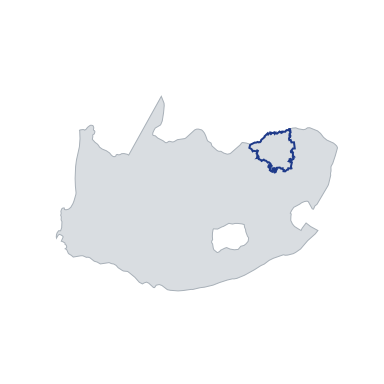 Waterberg, Limpopo, South Africa shown in context, rotated 30°
{"feature_id": "47623444B68910643198214", "entity_name": "Waterberg", "entity_type": "district", "adm_level": 2, "iso_a3": "ZAF", "parent_name": "South Africa", "parent_adm1": "Limpopo", "projection": "robinson", "projection_center": [27.237, -24.067], "detail": "medium", "context": "in_parent", "style": "outline", "palette": "blue", "viewbox_px": 384, "rotation_deg": 30, "n_neighbors": 0, "source": "geoboundaries", "source_scale": "gbopen_adm2", "svg_char_len": 5500}
<svg xmlns="http://www.w3.org/2000/svg" viewBox="0 0 384 384"><g transform="rotate(30 192 192)"><path d="M261.8,77.5L270.2,76.3L274.0,77.0L278.6,78.9L282.8,79.6L290.0,78.9L292.5,79.3L294.5,79.9L295.9,81.0L297.9,88.7L299.6,97.0L299.6,99.7L299.8,100.8L301.9,104.3L302.6,106.5L303.8,108.3L306.4,117.1L306.6,118.7L306.4,140.1L305.4,142.7L305.8,146.1L304.6,146.5L297.5,142.2L296.2,142.4L294.2,144.0L292.3,146.5L291.4,148.6L287.8,154.4L287.5,158.1L287.7,161.2L288.9,161.4L289.8,163.6L291.7,167.2L295.0,169.5L298.0,170.6L302.3,170.8L305.7,170.8L305.5,168.3L306.3,161.8L312.0,162.6L320.3,162.4L319.7,166.6L316.5,176.3L314.5,187.1L311.9,192.6L310.5,194.8L306.4,198.8L304.3,200.2L302.6,200.6L295.6,208.7L293.0,212.6L290.6,218.3L288.4,221.4L285.0,228.0L279.1,237.8L274.1,244.3L271.9,246.2L270.4,247.0L266.5,250.7L261.0,256.8L256.8,262.1L250.5,268.1L246.9,270.8L241.4,276.0L239.9,276.8L233.8,281.6L229.4,284.6L222.3,288.0L219.5,288.9L212.7,288.0L209.9,288.5L207.6,290.6L207.4,293.5L206.4,294.0L200.2,292.6L197.7,292.8L196.2,294.4L195.0,296.4L191.4,296.5L185.1,294.4L177.7,293.2L176.0,293.0L172.4,294.6L171.1,294.8L165.9,294.5L163.0,293.5L160.2,293.5L158.1,294.3L155.5,294.6L148.6,300.1L145.0,300.1L141.9,300.8L136.4,300.0L134.7,300.4L133.1,301.4L129.4,301.8L127.9,302.6L121.7,307.7L119.1,307.2L115.8,307.1L112.1,304.4L110.6,304.6L111.0,303.8L111.1,302.3L109.7,300.9L108.3,300.9L107.5,299.7L105.2,299.6L103.4,300.0L102.9,295.3L102.0,294.8L99.8,294.7L98.7,294.9L98.2,295.3L97.7,296.4L97.7,299.7L96.9,298.7L96.0,296.8L95.6,294.7L95.9,292.2L97.6,291.3L97.0,288.1L94.2,282.7L92.6,281.6L91.2,278.8L89.9,277.8L89.4,275.9L88.1,274.3L87.6,271.8L88.2,270.4L89.3,269.7L90.4,270.9L91.8,270.4L93.7,268.6L94.7,265.9L94.7,261.6L94.3,258.9L92.6,252.0L91.8,250.4L88.2,245.4L84.0,238.7L78.5,228.2L75.9,221.9L71.9,209.2L68.4,201.9L64.2,195.2L63.7,194.8L64.3,194.0L66.4,192.4L67.4,192.0L67.9,192.2L68.4,191.7L68.9,190.7L69.2,188.3L70.2,185.8L71.0,184.7L72.9,184.0L74.4,185.0L75.0,185.9L75.3,187.1L76.0,187.7L77.0,187.7L77.8,188.4L78.2,189.9L78.2,191.0L77.6,191.7L77.7,192.6L78.5,193.8L79.3,196.2L83.3,197.5L85.5,197.7L87.6,198.3L89.6,199.4L92.8,199.7L97.3,199.1L101.1,199.4L104.0,200.5L106.1,200.7L107.4,200.0L108.0,199.0L107.8,197.7L108.4,196.9L109.9,196.5L111.0,195.6L111.9,194.0L113.9,192.7L117.1,191.7L118.7,191.7L117.6,124.5L123.4,129.1L124.8,131.2L127.7,137.5L130.7,145.3L131.2,149.1L131.1,149.9L128.2,155.0L128.2,157.5L128.5,160.4L129.2,161.9L130.1,162.4L132.2,161.7L135.3,162.4L141.3,162.1L144.3,162.5L145.1,162.2L145.7,161.6L146.5,159.9L147.2,159.3L150.0,158.5L151.2,157.5L153.2,154.0L159.1,149.3L159.7,148.2L163.3,136.9L164.5,135.3L166.1,134.3L169.4,133.4L171.3,133.9L173.4,134.8L175.8,136.5L179.3,139.5L180.5,140.0L184.0,140.1L186.2,142.1L192.8,143.5L194.7,143.4L196.7,142.3L200.1,142.4L203.7,141.6L205.9,139.6L210.1,127.4L210.5,124.7L211.0,123.9L214.4,122.5L218.6,121.5L219.5,120.9L222.1,117.5L225.5,114.6L227.9,104.8L229.5,102.5L230.4,101.5L231.0,101.5L231.9,100.9L233.0,99.7L234.4,99.0L236.0,98.7L237.0,97.9L237.5,96.6L238.3,95.9L239.4,95.9L240.1,95.5L240.2,94.7L242.8,92.5L242.9,91.7L244.3,89.6L247.2,86.3L249.9,84.5L252.5,84.1L257.2,82.4L258.9,80.9L259.9,78.7L261.8,77.5ZM253.5,222.4L257.7,220.8L260.7,218.6L261.4,214.6L263.8,212.2L264.7,209.9L265.3,206.7L264.0,203.4L262.1,202.5L258.6,199.6L257.1,197.7L255.0,196.1L253.5,194.1L251.1,194.7L247.4,196.3L245.0,197.7L243.1,199.5L239.6,200.7L236.4,206.1L235.3,207.3L232.7,211.3L229.0,213.2L229.0,213.9L230.2,217.2L231.9,220.4L233.7,223.0L233.6,224.6L234.2,225.9L235.8,226.7L238.5,230.0L239.8,231.1L243.9,231.8L244.5,231.6L245.7,229.7L245.8,228.3L248.6,224.1L249.8,222.8L253.5,222.4Z" fill="#d9dde1" stroke="#a8b0b8" stroke-width="1"/><path d="M248.5,134.2L249.8,133.9L249.9,134.4L250.7,134.4L251.8,134.2L251.9,133.2L253.2,133.1L253.8,133.7L254.4,133.1L254.5,132.4L253.5,131.3L254.1,131.2L254.1,130.6L250.9,132.3L249.9,132.5L250.3,132.3L249.8,131.4L251.6,131.0L251.3,130.2L253.8,129.6L253.6,129.1L253.4,128.6L255.8,126.9L257.2,127.3L258.6,126.2L259.0,127.0L260.5,126.9L260.9,128.2L262.3,127.6L263.2,125.1L263.9,124.7L263.5,123.3L265.8,122.3L265.5,121.5L265.9,121.4L264.9,120.4L263.7,116.4L260.4,117.0L260.6,115.7L260.1,114.8L260.8,114.0L262.0,114.3L262.3,115.2L262.7,113.4L263.3,112.9L263.3,112.2L262.0,111.4L262.8,110.5L261.1,110.0L260.4,108.5L259.4,108.0L259.6,107.3L258.4,106.8L257.7,107.8L257.2,107.2L257.3,106.4L257.8,106.3L257.4,105.8L257.7,103.8L259.2,102.9L255.5,98.0L253.3,99.3L251.4,97.6L250.4,98.4L249.4,97.5L248.9,95.7L249.5,95.3L249.2,94.2L248.5,93.6L247.9,93.9L247.4,92.8L247.6,91.3L246.2,90.4L246.6,90.2L246.0,89.7L246.3,89.5L245.4,88.5L244.6,88.9L244.5,90.3L242.9,91.2L242.6,93.2L240.2,94.4L240.5,95.1L239.8,96.1L239.0,95.5L238.4,96.1L237.6,95.9L236.4,99.0L235.1,99.0L234.8,99.7L234.5,99.0L234.0,99.7L233.3,99.3L232.9,100.4L231.1,101.0L231.3,101.7L230.2,101.5L230.5,102.3L230.0,102.2L229.0,103.1L229.2,104.2L228.7,104.4L228.1,103.7L227.0,107.5L227.4,107.9L227.0,109.4L225.9,112.2L226.3,113.7L226.0,114.8L224.7,115.8L223.9,115.8L222.7,117.3L221.6,117.8L218.8,122.1L219.6,125.1L222.2,125.1L224.2,126.4L224.6,125.6L227.8,124.4L227.7,123.4L228.5,123.4L228.8,126.5L229.7,126.7L230.5,128.2L231.0,127.6L231.7,127.9L231.3,129.2L231.8,129.2L231.6,129.8L232.4,129.2L233.0,129.3L233.4,130.2L235.7,129.8L236.7,130.3L238.0,128.1L238.9,128.4L240.5,127.9L243.0,128.6L243.6,127.8L245.7,128.2L245.8,128.6L247.9,129.5L247.2,130.9L246.3,130.1L245.2,130.4L245.3,131.3L245.9,131.2L246.0,132.3L247.7,132.4L248.5,134.2Z" fill="none" stroke="#1e3a8a" stroke-width="2"/></g></svg>